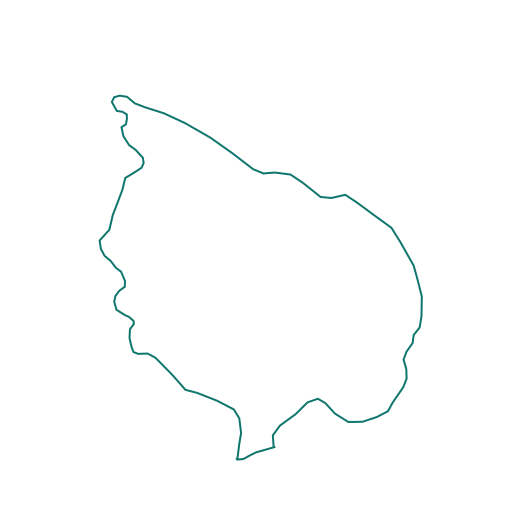 Sveti Nikole, Albers equal-area conic projection, rotated 164°
{"feature_id": "MKD-2914", "entity_name": "Sveti Nikole", "entity_type": "Statistical Region", "adm_level": 1, "iso_a3": "MKD", "parent_name": "North Macedonia", "parent_adm1": "", "projection": "albers", "projection_center": [21.986, 41.86], "detail": "fine", "context": "isolated", "style": "outline", "palette": "teal", "viewbox_px": 512, "rotation_deg": 164, "n_neighbors": 0, "source": "natural_earth", "source_scale": "10m", "svg_char_len": 1498}
<svg xmlns="http://www.w3.org/2000/svg" viewBox="0 0 512 512"><g transform="rotate(164 256 256)"><path d="M319.6,428.2L305.1,418.5L287.4,403.1L267.3,382.4L250.7,361.7L234.8,340.2L226.1,333.3L214.8,331.0L200.4,324.8L190.7,313.3L177.6,294.9L167.6,291.0L153.3,290.2L153.1,290.0L144.2,279.5L131.1,262.5L118.0,245.7L113.4,229.6L107.1,203.4L107.2,188.8L107.3,186.1L107.8,171.2L113.5,152.6L117.0,145.1L118.5,142.1L126.2,136.6L129.4,129.2L137.7,122.5L142.7,115.8L142.7,105.9L145.0,96.7L150.5,89.4L164.7,77.7L172.0,70.4L184.3,67.9L199.4,67.3L213.0,71.0L223.5,82.7L230.0,95.6L235.9,101.7L246.8,101.1L261.4,93.1L279.7,86.4L289.2,79.0L291.5,68.6L291.1,67.2L296.4,67.2L304.1,67.2L310.0,67.2L316.4,66.1L324.1,64.3L330.1,65.5L330.4,66.5L329.4,67.0L324.2,79.3L319.1,90.0L316.8,104.6L319.6,114.6L333.3,127.6L350.4,140.7L360.7,146.8L369.4,165.2L380.7,185.9L387.1,192.1L396.2,194.4L400.2,197.4L400.7,202.8L400.2,212.0L397.3,220.4L392.2,224.3L391.6,227.4L395.1,232.7L398.0,235.0L404.9,242.7L404.9,245.9L404.9,251.1L402.0,256.5L396.9,260.3L390.6,262.6L388.8,268.0L390.0,278.0L394.0,283.4L396.9,291.0L401.5,297.9L403.2,305.6L402.0,314.0L395.8,317.9L389.7,321.7L382.4,334.8L374.3,345.5L366.3,356.3L360.1,367.1L354.3,368.6L346.3,370.9L341.7,372.4L338.4,376.3L337.7,381.6L342.3,390.9L347.5,397.7L350.4,407.7L349.8,416.9L344.7,418.5L342.4,423.1L341.2,427.7L344.7,431.5L349.8,433.8L352.1,443.8L348.6,447.7L342.9,447.7L336.1,444.6L330.4,436.1L321.2,429.2L319.6,428.2Z" fill="none" stroke="#0f766e" stroke-width="2"/></g></svg>